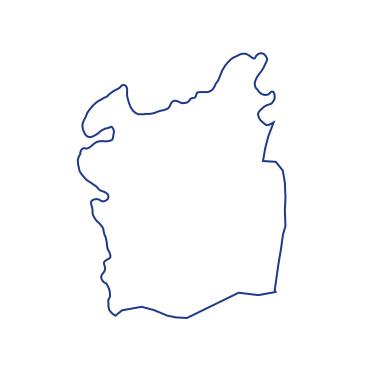 outline of Onsong, Hamgyŏng-bukto, North Korea, rotated 334°
{"feature_id": "82179303B70197071761439", "entity_name": "Onsong", "entity_type": "district", "adm_level": 2, "iso_a3": "PRK", "parent_name": "North Korea", "parent_adm1": "Hamgyŏng-bukto", "projection": "orthographic", "projection_center": [129.959, 42.885], "detail": "fine", "context": "isolated", "style": "outline", "palette": "blue", "viewbox_px": 384, "rotation_deg": 334, "n_neighbors": 0, "source": "geoboundaries", "source_scale": "gbopen_adm2", "svg_char_len": 5947}
<svg xmlns="http://www.w3.org/2000/svg" viewBox="0 0 384 384"><g transform="rotate(334 192 192)"><path d="M223.3,318.5L223.3,316.5L238.0,294.8L247.7,281.2L255.0,270.3L261.0,263.7L267.5,249.0L273.5,238.1L279.5,224.5L283.0,212.5L280.5,201.6L269.4,195.3L276.9,184.9L284.9,175.5L295.9,165.2L291.0,165.4L290.1,165.2L289.4,165.0L288.7,164.7L288.3,164.4L287.6,163.6L286.4,160.9L285.9,159.6L285.4,158.5L285.2,157.9L285.0,157.4L284.9,157.1L284.8,156.2L284.8,154.9L285.1,152.2L285.4,151.0L285.7,150.6L286.9,149.5L288.7,148.6L292.7,147.4L294.0,147.0L296.6,146.8L298.2,146.9L300.0,147.2L302.6,147.3L303.7,146.6L304.2,146.4L305.9,145.4L307.3,144.0L307.6,143.5L308.2,142.5L308.5,141.8L309.1,139.5L309.1,139.0L309.0,138.1L308.9,137.7L308.6,137.3L308.3,137.1L307.8,136.8L307.3,136.7L306.8,136.7L306.2,136.8L304.9,137.4L304.4,137.6L303.8,137.7L302.4,137.6L300.5,136.9L300.1,136.7L298.6,135.6L297.8,134.7L297.4,134.2L297.1,133.6L296.9,133.0L296.5,132.4L296.2,131.3L296.0,130.2L295.8,129.2L295.5,128.2L295.4,127.7L295.2,127.4L295.1,126.5L295.0,126.1L295.1,124.7L295.6,122.9L296.2,121.5L296.6,121.0L296.7,120.8L298.0,119.5L298.9,118.8L299.9,117.9L301.1,117.0L304.2,115.4L307.4,113.8L308.3,113.2L310.0,112.2L313.0,109.9L313.4,109.4L314.2,108.9L315.9,107.6L317.1,106.5L317.5,106.0L318.0,104.9L318.0,103.4L317.9,102.6L317.7,101.3L317.3,100.1L317.0,99.5L316.4,98.8L315.5,97.9L314.6,97.4L314.1,97.2L313.6,97.1L312.0,97.1L310.4,97.4L309.4,97.8L308.4,98.5L307.5,99.1L306.7,99.3L306.3,99.2L305.9,99.0L305.2,98.1L304.2,96.4L303.8,95.5L302.1,92.7L300.8,91.3L299.2,90.4L297.9,89.8L296.5,89.5L295.3,89.4L287.5,89.4L286.1,89.6L284.4,90.0L282.7,90.7L282.2,90.7L277.3,92.9L274.2,94.9L273.9,95.0L272.0,96.4L265.6,102.3L264.5,103.2L263.2,103.8L260.9,105.1L260.0,105.7L258.8,106.8L257.8,107.6L257.2,107.9L255.1,109.1L254.5,109.2L253.2,109.3L252.3,109.2L251.2,109.3L250.2,109.1L249.1,108.7L245.4,106.9L243.0,105.7L241.4,105.1L241.0,105.0L240.6,105.0L240.0,105.0L239.6,105.3L239.0,105.8L238.5,106.5L237.8,107.2L237.2,107.8L236.9,108.0L236.6,108.2L235.8,108.3L235.4,108.3L234.5,108.1L233.1,107.7L232.1,107.5L231.4,107.6L231.0,107.8L229.5,108.7L229.0,108.9L228.5,109.1L226.9,109.3L225.8,109.3L224.3,108.7L222.7,108.1L222.3,107.9L221.5,107.3L221.0,106.9L220.7,106.3L219.8,105.3L218.5,103.9L218.1,103.6L217.6,103.0L216.7,102.5L216.0,102.2L214.1,102.2L212.7,102.7L212.1,103.1L209.6,105.1L209.1,105.5L207.9,106.0L206.9,106.4L206.4,106.4L204.2,106.3L201.7,105.8L199.3,105.2L196.2,104.7L194.0,104.6L192.0,104.3L190.7,104.0L188.6,103.4L187.8,103.1L185.7,102.0L181.8,100.6L179.1,99.2L178.0,98.6L177.6,98.3L176.3,96.8L175.4,95.1L175.2,94.5L174.7,93.3L174.1,90.1L174.0,88.1L174.2,87.2L174.3,85.2L174.5,83.9L174.6,83.3L174.8,81.9L174.9,81.3L175.1,80.7L175.3,79.2L175.9,76.9L176.7,75.2L177.2,74.1L178.0,72.8L178.2,72.3L178.8,71.1L179.0,70.6L179.1,69.5L179.1,68.4L179.0,67.8L178.8,67.3L178.4,66.7L177.5,65.8L177.2,65.6L176.8,65.5L175.4,65.5L172.3,66.7L171.9,66.7L166.4,66.9L163.8,67.2L160.3,67.9L158.5,68.6L158.0,68.8L157.8,68.8L156.5,68.9L153.7,68.8L152.3,69.0L148.3,69.2L146.8,69.3L144.1,69.9L141.1,70.8L138.9,71.7L135.3,73.4L133.4,74.5L132.5,75.1L129.7,77.6L127.2,79.5L124.6,81.6L123.9,82.5L123.5,82.8L122.7,84.2L122.2,85.2L122.1,85.7L121.5,87.8L121.3,89.0L121.3,89.5L121.2,92.6L121.4,93.9L121.6,94.7L122.2,96.0L122.9,96.9L124.3,97.9L125.1,98.3L126.2,98.5L128.4,98.6L129.4,98.5L131.2,98.4L134.8,97.8L136.9,97.1L139.3,97.0L142.1,97.0L142.5,97.1L143.2,97.4L144.1,97.6L145.4,97.7L146.1,97.9L147.2,97.8L147.9,98.0L148.3,98.2L148.6,98.7L148.7,99.4L148.8,100.9L148.8,101.6L148.5,102.9L148.3,103.4L147.4,105.0L146.6,105.9L145.3,107.8L144.4,109.0L143.4,109.9L142.4,110.1L141.8,110.1L140.5,109.9L139.5,109.7L138.1,109.2L136.1,108.4L135.2,107.9L134.3,107.3L133.2,106.7L132.7,106.5L130.6,105.7L129.5,105.5L127.9,105.3L126.1,105.5L125.2,105.6L124.5,105.8L123.7,106.0L121.9,106.5L119.8,107.0L118.3,107.0L117.2,107.0L116.5,106.8L115.9,106.5L115.4,106.1L114.7,105.7L114.3,105.3L113.7,105.1L113.0,105.1L112.4,105.2L111.8,105.3L111.3,105.5L110.6,105.9L109.9,106.6L109.2,107.2L108.1,109.0L107.6,109.4L107.0,109.7L105.9,110.5L104.3,112.1L103.4,113.4L102.8,114.5L102.0,116.6L101.7,117.3L101.4,118.7L101.2,119.4L101.1,120.2L100.6,121.8L100.2,123.9L100.2,124.6L100.5,127.4L100.9,128.8L101.1,130.0L101.3,130.6L101.7,131.9L101.8,132.6L101.9,133.2L102.9,135.7L103.1,135.9L104.0,137.4L104.5,138.1L106.7,142.1L108.3,144.8L108.8,146.3L109.2,148.0L109.8,149.6L110.1,150.1L110.6,150.7L111.7,151.9L113.2,153.4L114.1,154.7L114.8,155.9L115.2,157.0L115.3,157.6L115.2,158.6L115.0,159.1L114.7,159.5L114.3,160.4L113.9,160.8L113.5,161.2L112.4,161.6L111.1,161.8L109.5,161.9L107.8,161.4L107.4,161.1L107.0,160.7L106.2,159.8L105.2,158.2L104.4,157.4L104.0,157.0L103.5,156.7L102.0,156.1L101.3,155.9L100.2,155.7L99.6,155.7L98.5,155.9L98.0,156.0L97.2,156.5L96.7,157.0L96.5,157.5L96.1,158.4L96.0,158.9L95.7,160.7L94.9,163.9L94.6,165.0L93.7,166.5L93.1,168.2L92.9,169.7L93.0,171.3L93.3,174.4L93.5,175.7L94.0,177.2L94.6,178.5L95.6,181.8L95.8,183.2L96.0,183.8L96.1,184.5L96.1,185.2L96.1,186.3L95.9,187.0L95.2,189.1L94.6,192.1L94.6,193.4L94.6,194.4L94.4,195.7L94.0,197.4L93.7,198.3L93.0,200.7L91.9,203.7L91.6,204.5L91.4,205.5L91.2,206.4L91.3,210.6L90.8,213.5L90.3,214.3L90.0,214.7L89.5,215.1L88.5,215.4L85.7,215.6L84.0,215.8L83.0,216.1L82.6,216.3L82.0,216.8L81.6,217.5L81.3,218.5L80.9,221.2L80.8,221.7L80.6,222.2L80.1,223.1L79.8,223.6L79.0,224.5L78.0,225.1L77.1,225.7L75.9,226.2L74.6,227.0L73.7,227.7L72.8,229.3L72.7,229.9L72.6,230.4L72.8,233.1L72.9,233.6L73.4,234.8L74.6,236.3L74.9,236.9L75.0,237.4L75.0,241.4L74.9,243.5L74.5,245.0L74.3,245.8L72.9,249.2L72.6,249.8L71.5,250.9L71.0,251.3L70.0,251.8L69.7,252.1L69.4,252.5L68.6,253.9L68.1,255.6L67.8,256.3L67.0,257.6L66.7,258.1L66.3,260.0L66.1,260.7L66.0,261.4L66.2,263.8L66.5,264.4L66.9,265.8L67.6,267.3L67.8,267.6L68.1,268.1L69.0,269.6L77.2,267.7L96.4,273.1L105.9,281.3L115.4,292.1L122.5,297.6L132.1,303.0L189.8,303.0L206.5,313.8L223.3,318.5Z" fill="none" stroke="#1e3a8a" stroke-width="2"/></g></svg>